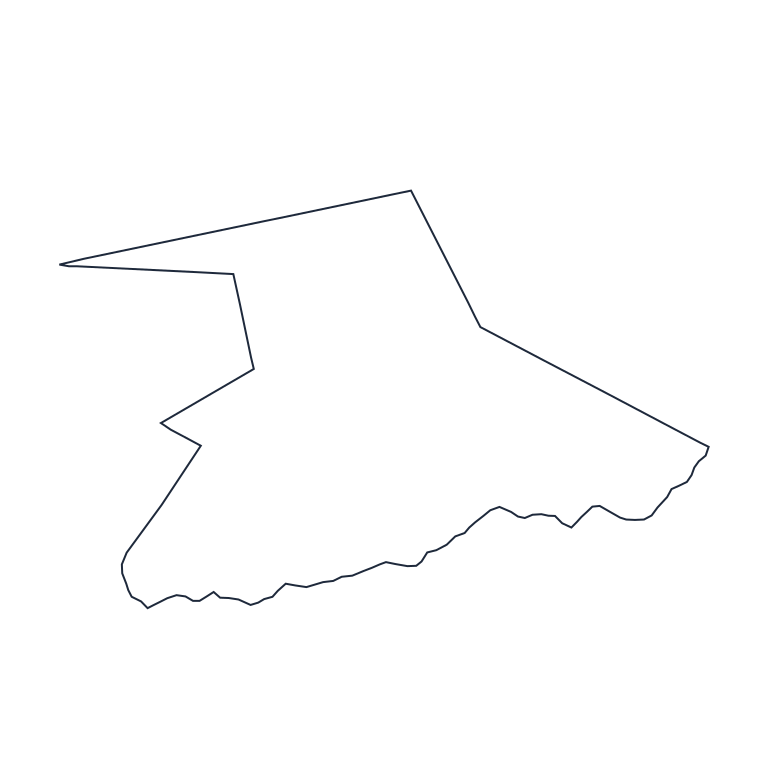 Antas, Bahia, Brazil, rotated 346°
{"feature_id": "56859067B87262199303624", "entity_name": "Antas", "entity_type": "district", "adm_level": 2, "iso_a3": "BRA", "parent_name": "Brazil", "parent_adm1": "Bahia", "projection": "albers", "projection_center": [-38.294, -10.395], "detail": "fine", "context": "isolated", "style": "outline", "palette": "slate", "viewbox_px": 768, "rotation_deg": 346, "n_neighbors": 0, "source": "geoboundaries", "source_scale": "gbopen_adm2", "svg_char_len": 1454}
<svg xmlns="http://www.w3.org/2000/svg" viewBox="0 0 768 768"><g transform="rotate(346 384 384)"><path d="M683.8,523.5L676.8,517.6L663.7,505.9L645.8,489.9L597.8,446.9L545.1,400.1L491.3,352.1L488.6,340.7L485.4,325.6L457.0,202.9L439.6,202.2L327.9,197.9L306.4,197.0L122.9,189.9L97.9,189.6L106.7,193.5L114.6,195.5L229.1,230.1L264.4,240.9L263.5,272.0L261.4,326.4L261.3,337.9L158.1,367.9L166.0,376.7L181.2,390.4L191.3,399.6L138.9,447.6L93.5,485.4L86.0,495.6L84.2,504.4L85.6,515.4L86.0,522.1L87.7,529.4L95.7,536.2L100.4,544.3L106.8,542.8L114.1,541.2L121.9,539.4L131.6,538.7L140.0,542.1L146.2,548.2L152.6,549.8L160.4,547.3L168.4,544.6L173.3,551.7L181.6,554.1L190.7,557.9L201.1,566.1L209.1,565.7L215.7,563.7L224.3,563.5L230.9,559.0L240.3,554.0L249.2,558.0L259.6,562.3L268.4,561.9L277.0,561.5L287.1,562.8L296.3,560.8L306.9,562.3L318.9,560.5L327.9,559.4L336.3,558.0L342.8,557.3L351.6,561.5L362.7,566.4L371.3,568.2L377.5,565.3L385.2,557.9L394.5,557.9L406.0,555.1L416.3,549.1L426.2,548.1L432.0,543.9L438.9,540.3L448.6,536.0L456.6,532.2L466.3,531.2L476.4,538.9L481.9,545.0L488.2,548.1L496.5,546.8L505.2,548.4L511.7,551.6L518.0,553.4L523.2,562.2L531.1,568.6L538.0,564.4L543.3,560.8L549.9,557.2L556.5,553.4L563.8,554.5L571.8,562.2L580.7,570.7L586.2,574.1L594.6,576.6L603.5,578.4L611.9,576.3L619.5,570.0L631.4,562.2L637.6,555.5L645.6,554.1L654.2,552.3L660.4,546.8L664.9,540.1L670.8,535.1L678.8,531.3L683.8,523.5Z" fill="none" stroke="#1e293b" stroke-width="2"/></g></svg>